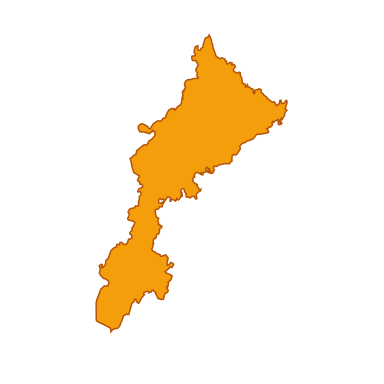 the Region of Orenburg, rotated 105°
{"feature_id": "RUS-2391", "entity_name": "Orenburg", "entity_type": "Region", "adm_level": 1, "iso_a3": "RUS", "parent_name": "Russia", "parent_adm1": "", "projection": "robinson", "projection_center": [55.668, 52.426], "detail": "fine", "context": "isolated", "style": "filled", "palette": "amber", "viewbox_px": 384, "rotation_deg": 105, "n_neighbors": 0, "source": "natural_earth", "source_scale": "10m", "svg_char_len": 6053}
<svg xmlns="http://www.w3.org/2000/svg" viewBox="0 0 384 384"><g transform="rotate(105 192 192)"><path d="M300.5,207.7L299.7,207.7L299.2,209.1L301.5,212.5L303.1,212.3L303.6,211.4L307.6,213.4L312.7,214.4L313.5,215.2L312.4,216.3L312.4,217.2L310.1,218.5L310.1,219.3L310.7,219.6L313.8,220.0L314.7,221.2L326.8,221.4L327.1,223.9L329.6,226.1L335.4,226.5L337.5,227.2L339.0,226.9L342.4,228.1L345.1,232.8L348.0,234.2L345.3,235.1L344.4,236.1L342.5,244.8L342.1,248.0L341.2,250.7L340.3,251.4L324.5,255.7L321.6,256.1L309.5,254.9L305.9,252.8L305.2,251.8L304.6,249.1L301.3,248.8L299.6,249.7L298.3,252.7L298.4,255.3L295.6,259.3L294.5,260.4L290.1,260.7L287.3,262.5L285.6,261.3L285.2,260.2L285.9,259.7L288.3,259.6L288.4,258.7L284.7,256.9L280.0,257.4L277.7,255.7L269.9,255.2L266.6,253.4L264.7,250.9L262.3,251.1L261.8,250.7L261.9,248.8L261.6,248.5L259.6,248.5L258.9,247.4L259.0,246.2L260.2,244.9L260.1,242.7L258.0,241.3L253.9,241.0L253.5,239.6L251.8,238.1L249.4,239.1L248.5,241.2L247.8,241.5L246.3,241.2L245.2,240.0L241.9,240.7L240.5,239.8L236.4,239.2L235.4,240.9L235.5,245.8L235.1,246.8L234.2,247.3L230.3,246.5L227.8,248.6L226.4,248.5L224.0,247.2L222.2,243.6L220.0,242.9L219.5,240.9L218.7,239.9L216.4,241.0L212.6,241.1L210.4,241.7L207.4,240.6L206.1,240.9L205.1,241.7L206.0,244.2L205.4,244.6L202.7,244.1L200.2,241.1L199.3,240.9L197.7,242.3L198.0,244.4L195.7,245.4L195.2,247.3L194.7,247.7L190.1,246.9L188.5,252.6L187.9,253.5L183.6,256.3L178.8,258.5L175.8,260.5L173.2,258.4L171.9,258.0L170.3,255.9L166.8,256.1L165.6,255.6L159.2,250.9L158.6,249.9L158.6,248.5L158.2,247.7L153.8,246.7L151.4,244.5L147.8,242.7L146.4,242.5L143.4,243.4L143.2,243.8L143.8,245.2L142.5,246.1L146.4,247.7L146.8,249.1L146.1,250.3L146.7,251.2L146.4,254.1L147.4,257.9L145.0,260.1L142.3,260.8L140.5,259.9L139.4,258.7L138.9,257.3L140.1,251.9L142.0,249.8L141.8,248.8L136.0,247.0L132.3,243.8L131.3,240.1L128.6,239.2L128.0,238.0L126.3,236.8L124.1,236.9L118.8,235.6L116.5,233.1L116.5,231.3L116.0,230.8L117.3,230.1L117.1,229.5L112.6,227.6L111.3,226.0L109.6,225.3L105.8,225.6L104.4,224.9L103.9,225.3L104.1,225.9L100.7,225.8L98.0,227.2L96.3,226.6L96.7,226.0L94.5,225.9L93.3,225.2L90.1,227.1L86.6,226.9L84.7,225.3L83.8,222.6L81.9,219.7L80.8,215.9L80.0,215.5L78.6,217.4L75.4,217.7L73.8,219.7L72.1,220.0L69.0,219.0L67.4,219.2L64.3,222.1L64.8,225.7L62.2,227.1L60.9,227.2L60.2,226.1L60.1,224.8L59.1,224.2L58.4,224.2L57.1,225.7L55.6,226.4L51.0,226.5L49.2,224.2L52.7,223.2L53.4,222.3L53.1,220.8L50.8,220.3L49.2,218.8L47.4,219.3L40.4,219.0L39.7,218.7L38.0,216.6L36.0,216.1L39.8,212.8L42.7,211.6L44.0,210.3L46.0,209.7L54.8,203.7L56.0,199.5L55.9,198.9L54.7,198.1L55.0,194.7L56.6,194.0L56.7,192.4L58.7,191.9L59.3,191.2L58.7,190.1L57.2,189.2L56.8,188.3L57.0,186.6L59.0,186.6L58.0,184.6L58.9,182.9L59.9,182.5L62.3,183.8L64.2,183.4L64.9,182.0L65.6,178.6L64.1,177.5L64.4,176.0L66.7,175.7L68.4,173.8L73.7,171.5L74.1,168.5L76.8,167.6L76.5,166.9L74.0,166.2L76.0,165.0L75.9,163.2L77.0,162.0L76.5,160.5L77.4,159.6L77.9,157.7L76.8,156.8L76.2,154.9L75.2,154.5L74.9,152.7L75.5,151.5L77.8,151.0L78.9,148.5L79.9,147.6L80.8,144.9L82.4,142.8L84.5,137.7L83.5,135.8L86.7,133.0L86.4,132.3L85.4,131.8L84.2,130.5L80.7,130.8L80.4,129.7L82.7,128.8L83.1,128.3L83.0,127.3L82.0,125.9L79.3,124.9L79.0,124.3L81.1,123.3L87.4,123.5L88.4,121.5L90.9,122.7L94.4,122.5L99.2,123.9L99.2,124.6L98.2,124.9L99.5,125.4L101.6,125.2L102.0,124.7L101.4,123.8L102.3,123.0L102.9,123.0L104.3,124.8L104.3,126.2L102.5,126.4L101.9,127.2L100.4,126.9L99.5,127.4L102.2,130.5L103.6,131.0L103.0,132.5L104.4,132.6L106.4,131.7L108.4,132.5L109.0,133.1L109.1,134.1L110.7,135.0L111.5,136.2L112.6,134.6L114.3,133.5L115.2,134.2L117.8,139.3L119.5,144.3L124.5,146.5L125.6,147.5L128.9,152.5L130.9,153.7L131.6,155.9L135.1,157.6L135.9,157.7L137.5,156.4L143.6,158.3L145.0,159.4L144.8,161.7L146.5,162.0L147.0,162.7L152.1,161.4L153.0,162.5L155.1,163.3L156.1,167.7L159.1,173.2L160.7,174.5L161.7,177.6L163.9,177.3L164.6,176.2L167.1,176.5L168.6,177.1L169.1,179.0L167.5,178.9L167.1,179.7L167.5,180.4L169.0,180.7L169.0,181.6L167.1,182.5L166.6,182.2L166.3,181.1L165.2,180.9L164.8,181.5L165.1,182.9L164.1,184.0L166.1,184.8L167.4,183.8L168.8,183.6L169.9,184.8L170.0,186.1L172.5,185.9L172.8,186.6L172.1,186.9L172.5,188.0L171.1,188.4L172.2,189.3L171.8,192.5L172.3,193.3L175.8,194.2L176.5,193.3L177.2,193.3L177.9,194.6L178.9,195.0L180.2,194.0L181.5,193.9L182.4,192.7L183.5,188.8L184.4,188.9L187.7,185.6L187.0,184.1L188.9,184.2L190.6,186.1L193.1,187.4L197.0,185.6L197.6,185.9L197.8,186.2L197.2,187.5L196.0,188.3L195.7,189.2L196.6,191.4L198.1,192.0L197.9,193.4L198.3,196.2L194.9,197.6L193.6,199.2L191.1,200.4L190.9,201.2L191.5,202.4L192.3,203.0L194.7,203.0L195.1,202.7L195.1,201.6L198.5,200.3L198.7,200.6L197.4,201.6L199.9,201.6L203.2,202.9L202.3,205.2L204.2,205.1L205.0,205.5L204.1,208.8L204.7,209.9L206.3,210.0L206.5,210.8L203.2,211.4L202.9,213.8L203.2,214.3L207.1,215.7L207.1,216.7L205.9,217.5L207.3,219.5L206.7,220.8L207.0,221.7L207.9,222.1L210.2,221.8L211.0,220.9L210.8,218.6L208.3,217.0L208.4,216.3L209.3,216.3L211.0,217.1L214.0,217.1L214.7,219.5L217.0,220.0L218.2,222.3L219.8,222.9L225.4,220.1L225.8,217.7L226.2,217.3L228.9,217.6L230.2,216.5L232.2,215.9L231.8,214.7L232.9,213.7L232.7,212.3L233.4,212.1L234.4,212.3L235.0,213.3L236.5,213.7L239.3,213.0L241.0,213.4L241.6,213.8L241.8,214.9L242.5,215.2L245.3,214.8L246.7,215.5L246.6,216.5L247.2,216.8L250.2,216.7L251.3,216.4L251.8,215.6L253.2,216.3L254.2,215.6L257.0,216.0L258.2,215.7L259.1,214.9L259.5,211.9L260.5,210.6L260.8,206.6L262.3,205.6L262.1,204.6L261.1,203.8L260.5,202.1L259.6,201.6L259.7,200.9L262.1,197.8L266.8,197.9L269.1,196.8L268.5,195.5L265.5,194.3L265.9,191.8L267.0,191.0L270.1,191.8L270.2,193.9L273.2,195.4L275.9,197.4L276.8,195.9L277.8,189.8L278.5,189.5L282.3,189.6L285.4,191.7L286.7,190.9L289.9,190.9L289.7,191.7L290.2,191.9L291.3,191.5L292.7,189.8L293.7,189.4L295.4,189.9L297.4,191.9L303.1,191.9L303.8,194.0L303.6,197.4L300.9,199.4L300.2,200.5L298.4,201.0L297.8,202.9L297.0,203.8L297.2,205.1L299.4,205.8L300.5,207.7ZM80.2,158.9L81.0,157.5L79.6,157.0L79.0,158.4L80.2,158.9Z" fill="#f59e0b" stroke="#b45309" stroke-width="1.5"/></g></svg>